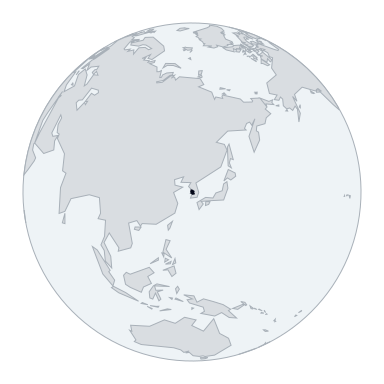 South Chungcheong on an orthographic globe, rotated 11°
{"feature_id": "KOR-2502", "entity_name": "South Chungcheong", "entity_type": "Province", "adm_level": 1, "iso_a3": "KOR", "parent_name": "South Korea", "parent_adm1": "", "projection": "orthographic", "projection_center": [126.614, 36.518], "detail": "fine", "context": "on_globe", "style": "filled", "palette": "ink", "viewbox_px": 384, "rotation_deg": 11, "n_neighbors": 0, "source": "natural_earth", "source_scale": "10m", "svg_char_len": 12786}
<svg xmlns="http://www.w3.org/2000/svg" viewBox="0 0 384 384"><g transform="rotate(11 192 192)"><circle cx="192" cy="192" r="169" fill="#eef3f6" stroke="#a8b0b8"/><path d="M322.3,287.2L322.2,288.0L322.3,287.2ZM320.1,81.8L319.2,80.9L320.2,82.9L313.8,79.2L298.7,69.3L299.5,68.2L295.8,66.4L294.5,67.8L294.6,69.3L280.1,68.1L274.0,76.6L277.7,82.9L272.5,79.0L283.3,94.0L283.6,102.9L279.8,90.7L276.8,88.0L275.3,92.7L271.8,90.9L269.1,92.3L265.2,89.9L263.3,83.5L260.7,81.9L259.8,85.4L255.2,85.6L257.0,80.6L249.2,80.5L244.6,70.7L252.4,61.0L246.5,55.2L245.5,44.8L242.2,44.4L239.8,40.9L235.1,39.3L236.3,38.2L231.5,38.0L231.3,39.3L229.1,39.8L226.3,39.1L227.4,37.4L228.9,37.5L227.7,36.7L229.5,36.3L227.0,36.1L228.6,34.5L222.9,35.2L220.7,33.2L222.9,32.4L228.0,33.6L245.8,36.4L249.5,36.7L249.7,35.5L238.6,30.3L240.6,30.4L239.3,29.8L235.8,28.9L235.5,29.2L228.6,27.7L229.2,28.7L226.4,28.4L224.8,29.3L219.3,28.0L214.8,26.4L215.9,25.8L213.9,25.2L208.2,25.2L205.7,23.8L196.7,23.1L209.5,23.9L222.1,25.7L234.6,28.5L246.8,32.2L258.8,36.8L270.3,42.3L281.4,48.6L292.0,55.8L302.0,63.7L311.4,72.4L320.1,81.8ZM348.2,168.2L346.8,165.3L348.1,165.4L348.2,168.2ZM345.5,164.8L346.1,165.5L345.6,165.1L345.5,164.8ZM344.9,165.3L345.4,164.9L345.0,165.7L344.9,165.3ZM344.2,166.5L344.5,165.7L344.6,165.9L344.2,166.5ZM342.7,167.2L342.2,167.3L342.4,166.3L342.7,167.2ZM295.2,70.3L294.9,68.1L297.3,67.6L298.0,69.6L295.2,70.3ZM290.1,71.9L289.0,70.1L293.3,71.7L292.6,72.2L290.1,71.9ZM281.1,88.1L281.5,85.6L282.3,88.7L281.1,88.1ZM269.5,93.0L270.5,94.3L268.6,94.5L269.5,93.0ZM228.0,30.0L226.4,29.7L227.5,29.7L228.0,30.0ZM228.7,30.9L231.1,31.1L231.8,31.6L230.3,31.4L228.7,30.9ZM260.9,91.2L257.7,91.3L260.6,90.0L260.9,91.2ZM225.6,30.5L232.7,32.4L233.9,33.2L229.3,33.4L225.6,30.5ZM255.6,90.6L247.8,91.4L249.4,94.3L240.7,86.8L250.2,88.4L253.5,86.2L253.3,88.9L255.6,90.6ZM232.5,40.1L232.5,38.6L235.1,40.5L232.5,40.1ZM234.6,41.2L245.5,47.2L244.0,49.3L240.7,46.7L240.8,50.3L234.8,48.3L233.3,45.9L235.5,44.9L231.5,45.0L234.6,41.2ZM237.1,82.7L235.0,82.1L236.9,81.5L237.1,82.7ZM228.5,40.1L230.8,41.0L229.7,42.8L224.8,41.4L226.7,41.2L228.5,40.1ZM243.9,52.3L242.2,53.6L236.8,52.3L235.4,52.7L234.5,48.4L243.9,52.3ZM225.6,40.5L222.4,40.7L220.4,39.3L226.1,39.4L225.6,40.5ZM231.5,44.0L230.7,44.8L229.5,43.8L231.5,44.0ZM211.4,34.9L214.2,35.7L213.9,36.6L211.4,34.9ZM221.3,40.9L222.0,41.4L222.2,41.9L219.7,41.8L221.3,40.9ZM230.7,48.0L228.9,47.3L230.8,49.6L226.9,48.9L227.0,46.3L225.3,47.2L224.1,47.0L225.5,45.1L230.7,48.0ZM217.8,43.4L216.6,40.2L211.4,38.5L211.6,37.5L219.8,40.5L217.8,43.4ZM222.2,44.5L219.5,43.5L221.1,42.7L223.9,42.8L222.2,44.5ZM224.2,49.5L230.2,51.2L230.0,51.7L224.2,49.5ZM216.0,43.0L216.3,43.8L215.4,42.9L216.0,43.0ZM221.3,47.6L223.5,48.1L223.1,48.7L221.3,47.6ZM215.2,45.1L214.8,44.0L216.7,44.0L215.2,45.1ZM217.7,46.4L216.8,47.1L217.6,44.7L218.7,46.5L217.7,46.4ZM220.6,48.1L221.1,48.6L219.8,47.9L220.6,48.1ZM208.2,45.9L208.8,42.9L213.0,42.8L211.8,45.7L208.2,45.9ZM78.0,67.3L72.4,73.2L70.1,75.8L66.1,79.5L52.8,97.4L54.9,96.4L48.3,110.8L47.3,117.9L56.4,110.3L58.1,98.3L63.7,91.6L66.7,97.1L66.0,108.4L68.2,106.2L73.0,95.7L77.4,95.3L75.3,91.9L72.8,95.4L71.3,93.6L73.5,90.3L75.0,90.2L76.5,86.3L69.1,88.6L65.8,92.5L66.9,85.7L61.4,91.7L60.1,91.7L68.8,81.6L71.4,79.6L83.8,66.8L81.2,68.1L69.3,80.5L71.0,78.1L67.3,80.7L71.4,76.8L85.1,63.6L89.1,58.7L87.1,59.5L103.9,47.8L96.3,53.1L99.3,51.5L108.1,46.3L104.3,49.0L106.7,47.9L103.6,50.6L105.9,51.5L103.7,54.3L111.0,52.3L110.9,53.6L106.6,54.3L102.5,56.5L98.0,64.5L99.0,65.3L104.1,63.5L102.2,66.2L107.8,63.6L108.3,67.8L112.3,60.6L118.4,59.0L122.3,60.6L125.0,58.9L118.7,56.5L115.6,56.8L111.8,59.0L103.9,59.4L104.0,57.3L115.0,52.4L116.5,49.2L124.4,47.4L136.4,54.2L138.1,58.7L127.4,69.6L123.3,69.2L125.1,65.0L117.5,70.4L121.0,69.2L119.4,71.7L124.9,71.3L124.0,73.1L130.7,70.0L130.3,72.1L126.0,74.1L133.8,76.0L134.6,80.6L136.7,80.2L138.8,78.6L138.5,85.8L140.1,85.3L140.8,82.7L144.5,80.0L150.8,78.2L150.4,80.8L148.0,81.8L142.4,88.0L136.2,90.6L136.6,91.6L141.9,90.0L148.8,82.3L152.7,80.6L150.0,84.3L151.3,82.8L153.1,82.7L154.5,85.3L157.7,81.3L178.4,79.2L183.1,84.3L178.4,87.5L192.3,90.2L196.5,96.8L197.2,94.2L204.3,94.3L203.1,92.2L203.9,91.0L221.7,91.5L225.5,94.0L233.8,92.2L234.2,91.0L231.8,89.0L240.7,86.8L249.4,94.3L248.1,96.6L254.4,100.1L250.7,105.0L250.6,111.0L243.0,114.9L243.5,119.7L245.9,120.6L248.5,128.1L245.4,141.1L237.3,126.5L239.8,108.1L237.9,115.0L235.2,112.4L232.5,114.3L231.4,119.6L233.3,120.8L215.4,125.4L206.4,138.6L214.7,139.1L218.4,144.2L215.5,161.9L194.1,182.4L198.7,191.1L198.0,196.2L191.7,198.3L192.6,190.9L187.6,187.3L189.1,183.0L179.3,184.6L180.9,178.7L172.5,183.2L174.0,188.5L182.0,189.0L174.0,196.0L180.2,205.9L179.2,216.0L163.0,230.5L149.1,232.5L147.9,235.3L143.3,230.6L135.7,234.6L143.2,253.9L142.5,258.5L130.9,264.2L130.9,260.7L118.6,248.0L115.3,258.3L124.5,270.6L127.7,281.9L120.1,276.3L117.0,266.1L112.7,261.3L114.6,252.2L112.5,236.2L104.9,236.1L106.3,230.3L102.2,215.2L91.7,214.3L74.5,221.6L70.9,235.3L65.6,238.4L62.1,212.7L64.7,197.6L60.9,195.9L59.5,178.8L49.7,165.2L50.6,160.5L48.3,159.4L47.7,151.4L49.9,144.1L48.5,141.3L43.1,160.8L44.8,163.9L49.6,162.1L47.4,168.0L48.3,177.1L39.1,182.5L28.3,174.0L31.1,162.9L43.0,125.1L44.8,122.9L45.0,122.5L45.4,121.9L42.5,124.8L45.8,118.0L35.3,141.5L31.9,150.1L28.1,174.3L27.5,174.8L27.5,181.2L32.0,188.3L31.2,191.6L26.7,201.4L23.7,207.3L23.1,195.3L23.3,183.3L24.3,171.4L26.2,159.6L28.9,147.9L32.4,136.5L36.7,125.4L41.8,114.5L47.7,104.1L54.3,94.1L61.6,84.6L69.5,75.6L78.0,67.3ZM61.3,126.5L63.5,133.7L69.4,124.5L70.7,126.6L72.2,122.9L69.8,123.8L74.5,114.3L77.9,115.6L81.2,112.4L80.6,109.9L73.6,109.2L66.8,122.5L63.3,123.5L61.3,126.5ZM122.7,40.5L119.5,42.2L117.5,42.5L120.2,40.1L123.2,39.5L122.7,40.5ZM115.4,44.5L125.5,41.0L124.3,42.7L123.3,42.2L121.4,43.7L119.3,43.5L108.1,49.1L105.6,49.8L112.1,44.3L111.3,45.5L114.5,43.7L115.4,44.5ZM153.7,32.5L158.1,32.0L149.6,36.2L146.5,36.3L149.0,33.6L154.2,32.0L153.7,32.5ZM216.1,30.8L218.3,31.1L218.0,31.4L215.9,31.5L216.1,30.8ZM212.7,35.2L206.1,30.3L208.3,30.3L201.8,28.1L205.1,27.2L209.2,28.5L206.8,26.4L211.8,27.3L209.6,26.0L218.4,29.2L222.9,30.3L216.7,29.4L213.5,30.1L213.5,30.7L216.7,33.5L224.7,36.6L222.9,38.1L219.5,38.4L217.3,37.9L219.2,37.0L214.9,37.0L215.9,35.3L212.7,35.2ZM180.5,46.6L183.6,44.8L175.2,46.3L176.2,43.9L175.1,44.2L173.7,42.5L170.2,41.1L171.5,40.1L169.6,40.1L168.6,39.1L166.4,38.7L167.9,36.9L165.3,36.4L167.5,35.8L162.7,35.5L166.9,35.0L166.0,33.9L162.4,35.0L175.5,27.9L177.8,26.0L177.4,24.9L184.7,24.6L189.7,25.7L192.7,27.9L189.5,30.0L193.3,29.7L192.9,30.7L190.0,30.5L194.3,31.5L193.2,32.4L195.8,35.5L202.6,36.8L203.7,38.2L200.5,38.1L203.9,39.6L198.6,40.5L199.3,41.5L194.8,43.7L188.2,43.2L189.5,44.5L186.1,46.5L180.5,46.6ZM206.7,46.4L198.6,46.0L195.2,44.6L204.5,41.5L204.6,40.4L210.4,38.8L215.3,41.0L213.2,41.2L212.3,41.9L211.1,40.9L211.3,42.3L208.4,42.7L207.8,44.0L205.3,43.4L206.7,46.4ZM70.6,75.9L69.4,77.6L68.2,79.5L65.8,81.4L70.6,75.9ZM79.8,66.8L79.2,67.7L75.2,70.9L76.5,69.4L79.8,66.8ZM82.1,65.7L79.4,67.5L81.7,65.7L82.1,65.7ZM106.4,55.2L106.1,56.3L104.8,56.9L103.4,57.0L106.4,55.2ZM155.7,52.1L158.0,51.0L158.7,51.3L164.8,50.5L164.5,52.4L160.7,53.7L155.7,52.1ZM54.8,109.9L53.2,109.7L54.2,107.7L54.5,108.1L54.8,109.9ZM58.3,94.5L55.9,99.2L57.7,95.0L58.3,94.5ZM156.4,54.1L158.9,53.5L157.2,54.9L156.4,54.1ZM164.6,53.9L163.2,55.5L165.2,52.6L164.6,53.9ZM31.5,244.9L30.7,241.7L33.7,250.9L34.8,254.0L31.5,244.9ZM169.8,312.8L175.1,314.0L174.9,314.6L169.8,312.8ZM164.3,310.0L170.2,311.1L163.4,311.1L164.3,310.0ZM172.5,311.5L178.6,311.1L181.2,310.5L180.8,311.6L172.5,311.5ZM160.4,309.4L139.3,304.9L131.2,301.2L133.0,299.6L146.1,303.4L160.4,309.4ZM132.3,299.3L120.1,289.5L104.6,264.5L110.1,267.0L126.6,284.5L125.5,286.1L132.9,293.3L132.3,299.3ZM162.5,294.5L161.4,300.1L149.6,297.4L144.4,295.3L140.7,286.8L142.8,283.4L147.0,284.5L164.4,274.1L170.2,278.5L164.7,283.4L169.6,289.5L162.5,294.5ZM71.3,237.1L73.3,247.3L70.6,247.0L71.3,237.1ZM172.0,265.3L164.6,270.4L171.5,263.0L172.0,265.3ZM176.4,257.8L176.6,261.1L174.0,257.6L176.4,257.8ZM147.1,239.9L142.6,239.6L142.8,237.2L148.7,236.2L147.1,239.9ZM178.4,224.5L177.2,231.7L176.0,234.0L174.4,229.3L178.4,224.5ZM157.7,72.6L149.6,71.4L143.6,72.4L139.9,75.7L141.6,70.8L150.9,69.2L157.7,72.6ZM175.9,77.9L179.0,75.5L180.0,77.2L179.4,78.0L175.9,77.9ZM176.1,76.0L175.6,71.9L178.9,70.9L178.7,74.3L176.1,76.0ZM165.6,62.2L163.2,61.6L164.7,60.4L165.6,62.2ZM268.9,342.4L283.0,334.2L285.1,333.0L283.4,334.1L268.9,342.4ZM232.7,354.3L231.9,353.0L239.2,351.5L236.7,353.2L232.7,354.3ZM287.7,331.1L291.9,327.8L292.9,326.0L293.1,326.9L297.2,324.1L286.7,331.9L287.7,331.1ZM203.8,348.4L171.3,351.4L163.9,349.8L165.2,347.9L157.2,339.6L159.5,340.2L157.2,334.5L176.0,331.9L189.3,322.8L200.6,324.1L208.6,316.4L220.4,316.8L217.2,323.1L229.8,326.4L237.5,312.2L246.1,325.6L255.8,328.6L259.6,335.0L245.3,347.8L236.2,351.0L234.1,350.7L230.5,352.0L224.3,352.5L220.0,350.0L216.5,351.2L219.5,348.6L214.6,351.0L211.0,349.1L203.8,348.4ZM288.4,313.7L290.3,313.3L293.6,314.0L290.5,314.9L288.4,313.7ZM317.4,292.9L318.4,293.2L316.4,294.8L317.4,292.9ZM322.0,288.2L319.5,290.2L322.3,287.2L322.0,288.2ZM297.8,302.6L298.8,303.0L298.0,303.6L297.8,302.6ZM297.0,302.6L298.0,300.9L298.0,302.3L297.0,302.6ZM287.4,298.3L288.5,297.2L289.0,297.6L287.4,298.3ZM182.9,314.9L190.1,311.4L194.1,311.3L182.9,314.9ZM285.7,297.2L282.8,297.8L283.0,297.0L285.7,297.2ZM285.8,295.2L285.4,294.2L287.3,296.3L285.8,295.2ZM280.2,294.1L283.7,295.3L279.8,294.5L280.2,294.1ZM278.1,294.9L275.6,294.6L275.7,294.2L278.1,294.9ZM250.4,301.5L259.8,307.2L252.4,308.1L244.1,304.7L238.0,309.4L223.9,309.5L227.0,306.8L225.0,302.9L210.7,301.4L207.8,298.7L212.8,296.9L203.5,294.5L213.7,293.6L217.9,299.2L223.7,294.7L233.9,295.5L244.0,296.6L252.3,299.7L250.4,301.5ZM213.9,305.6L215.7,305.7L214.2,307.2L213.9,305.6ZM270.7,292.7L274.4,294.5L274.0,295.2L272.2,295.2L270.7,292.7ZM254.2,298.5L263.0,292.8L265.1,292.5L259.3,298.5L254.2,298.5ZM260.8,290.2L265.0,290.2L267.2,292.3L266.4,293.2L260.8,290.2ZM193.1,299.8L192.8,301.3L190.2,299.9L193.1,299.8ZM196.5,299.1L204.4,301.2L195.8,300.4L196.5,299.1ZM173.1,291.3L175.3,295.4L182.4,293.8L177.0,296.6L181.9,303.1L180.3,305.1L175.4,298.2L173.9,304.6L170.8,304.0L169.0,298.1L172.0,291.5L175.1,288.9L188.0,289.1L173.1,291.3ZM196.4,294.6L194.3,290.1L195.9,287.3L198.1,289.8L196.4,294.6ZM188.4,278.8L183.2,273.0L178.3,274.4L188.5,268.0L191.8,274.8L188.4,278.8ZM184.4,266.6L179.7,267.9L184.7,264.1L184.4,266.6ZM178.6,266.0L178.4,262.1L181.9,263.0L178.6,266.0ZM186.7,267.0L188.0,260.6L189.6,264.7L186.7,267.0ZM177.5,253.2L184.7,260.6L174.9,256.6L175.5,243.7L179.8,244.0L177.5,253.2ZM207.8,202.7L207.4,198.7L211.5,198.2L210.7,201.0L207.8,202.7ZM224.6,193.8L212.5,196.8L202.7,199.5L205.3,201.6L202.3,207.9L198.9,201.4L206.4,194.7L213.7,193.9L215.6,188.4L221.4,185.0L221.5,178.0L224.3,175.2L226.5,181.4L224.6,193.8ZM221.2,175.1L223.3,163.0L230.7,165.1L231.9,168.2L227.8,172.8L224.1,171.4L221.2,175.1ZM226.0,160.8L222.5,159.4L218.2,141.1L219.2,137.9L226.3,152.3L223.4,151.9L223.1,156.2L226.0,160.8ZM235.2,83.5L235.0,82.2L236.5,83.4L235.2,83.5ZM203.1,89.9L204.5,88.5L206.3,89.8L203.1,89.9ZM209.4,85.5L206.4,85.0L209.8,84.4L209.4,85.5ZM199.8,84.2L205.3,84.3L199.7,85.8L199.8,84.2Z" fill="#d9dde1" stroke="#a8b0b8" stroke-width="1"/><path d="M192.5,193.4L192.4,193.4L192.3,193.5L192.2,193.5L192.1,193.4L192.0,193.2L191.9,193.1L191.7,193.1L191.8,193.0L192.0,193.0L191.9,193.0L191.9,192.9L191.9,192.7L191.9,192.4L191.7,192.4L191.8,192.4L191.7,192.3L191.8,192.3L191.9,192.2L192.0,192.2L191.9,192.1L191.7,192.2L191.8,192.0L191.7,192.0L191.7,191.9L191.7,191.7L191.8,191.7L191.7,191.6L191.7,191.4L191.6,191.5L191.4,191.7L191.4,191.4L191.3,191.5L191.3,191.8L191.2,191.8L191.2,191.7L191.3,191.7L191.2,191.5L191.2,191.4L191.1,191.5L190.9,191.5L190.9,191.4L191.0,191.4L190.9,191.3L190.9,191.2L191.0,191.2L191.0,190.9L191.1,191.0L191.2,190.9L191.2,190.7L191.3,190.7L191.3,190.8L191.3,191.0L191.2,191.1L191.3,191.2L191.5,191.0L191.4,191.0L191.4,190.9L191.5,190.9L191.4,190.8L191.4,190.7L191.5,190.6L191.7,190.8L191.7,191.0L191.8,190.8L191.8,190.7L191.8,190.8L191.9,190.7L191.7,190.6L191.8,190.6L191.7,190.5L191.7,190.4L191.8,190.4L191.8,190.5L192.0,190.5L192.0,190.8L192.1,190.7L192.3,190.6L192.4,190.8L192.5,190.8L192.5,191.0L192.5,191.3L192.6,191.2L192.6,190.9L192.8,190.9L193.0,190.9L193.3,190.8L193.5,190.9L193.5,191.0L193.7,191.3L193.6,191.5L193.2,191.5L193.1,192.1L193.3,192.2L193.6,192.4L193.6,192.5L193.7,192.8L193.8,192.8L193.9,192.7L194.0,192.7L194.1,192.4L194.1,192.5L194.0,192.8L194.2,193.0L194.3,193.1L194.3,193.3L194.3,193.5L194.2,193.6L193.9,193.5L194.0,193.5L193.9,193.5L193.8,193.4L193.7,193.2L193.6,193.3L193.3,193.3L193.2,193.4L193.2,193.2L192.8,193.2L192.7,193.2L192.6,193.3L192.5,193.4ZM191.5,192.2L191.6,192.3L191.4,192.3L191.4,192.2L191.3,191.9L191.4,191.7L191.4,191.8L191.5,192.0L191.4,192.0L191.5,192.0L191.5,192.2Z" fill="#0f172a" stroke="#020617" stroke-width="1.5"/></g></svg>